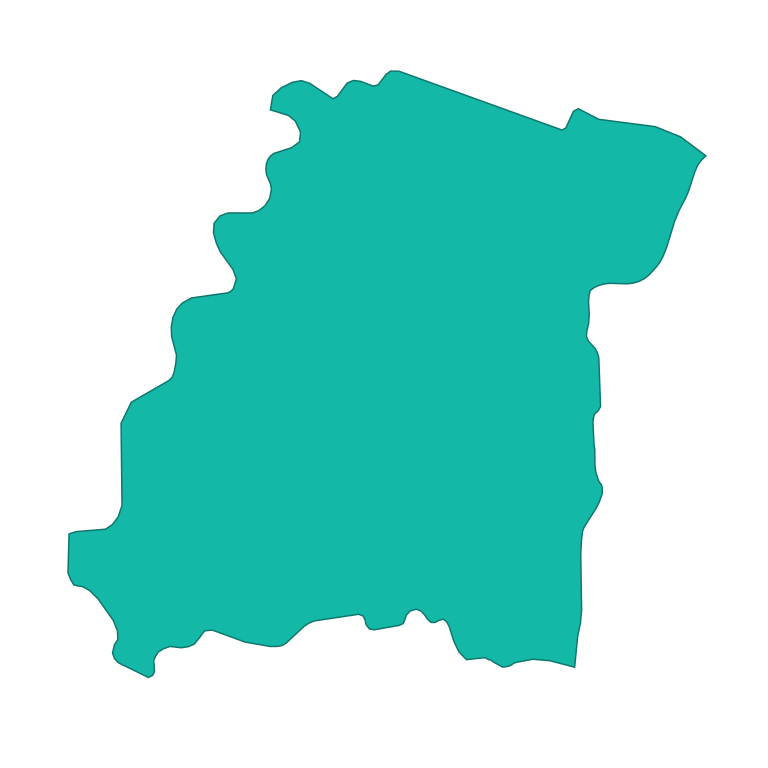 the Metropolitan department of Mayenne, rotated 185°
{"feature_id": "FRA-5324", "entity_name": "Mayenne", "entity_type": "Metropolitan department", "adm_level": 1, "iso_a3": "FRA", "parent_name": "France", "parent_adm1": "", "projection": "albers", "projection_center": [-0.661, 48.148], "detail": "fine", "context": "isolated", "style": "filled", "palette": "teal", "viewbox_px": 768, "rotation_deg": 185, "n_neighbors": 0, "source": "natural_earth", "source_scale": "10m", "svg_char_len": 2615}
<svg xmlns="http://www.w3.org/2000/svg" viewBox="0 0 768 768"><g transform="rotate(185 384 384)"><path d="M521.1,647.2L519.9,661.7L512.2,670.1L501.7,676.5L492.8,679.0L484.3,677.1L459.7,663.7L455.6,666.4L446.9,680.6L440.9,683.7L433.9,683.5L420.6,679.8L415.9,681.5L408.7,692.9L404.6,696.3L396.4,696.9L228.8,652.5L225.1,655.0L219.1,672.1L214.5,675.2L193.1,666.4L136.2,664.0L110.0,656.0L83.3,639.4L88.0,633.7L90.5,629.3L92.8,622.7L97.4,602.7L99.9,595.1L105.0,583.1L108.7,571.4L114.1,545.7L117.4,534.8L119.6,529.9L122.3,525.2L129.4,515.8L133.9,511.6L139.0,508.4L144.3,506.3L150.5,505.0L167.9,504.0L173.2,502.9L178.4,501.0L182.6,498.7L186.1,495.8L186.8,494.8L187.4,490.9L187.5,484.2L185.6,471.1L185.4,462.4L186.6,453.9L186.5,448.8L183.9,444.3L176.3,437.4L173.9,433.1L172.5,429.4L172.1,427.3L166.3,380.5L167.7,377.1L169.0,375.1L170.4,373.8L171.8,372.1L172.4,368.6L172.5,364.0L169.5,341.9L168.3,337.1L166.9,322.5L166.0,317.7L165.2,314.3L161.8,306.4L160.7,304.8L158.5,302.5L157.5,299.4L157.1,293.4L159.4,284.8L162.0,278.4L172.0,259.1L173.3,255.1L173.7,246.5L173.2,231.6L167.4,175.6L167.5,162.8L169.1,149.3L169.4,118.5L194.6,122.8L211.6,122.8L228.1,118.2L230.7,117.0L232.0,115.6L235.7,113.5L241.1,112.3L251.3,116.8L253.1,118.2L255.9,118.6L259.5,120.2L277.9,116.6L286.1,123.8L291.8,133.5L298.1,148.4L300.8,152.5L304.4,155.0L308.8,153.2L312.3,150.9L316.4,150.6L320.1,153.5L323.5,157.6L327.4,161.1L332.2,162.5L338.2,160.1L341.6,155.7L342.6,151.1L344.2,146.9L347.7,144.9L372.3,138.3L377.2,138.7L380.8,142.6L382.3,147.2L384.4,151.0L389.1,152.4L432.6,142.0L437.5,139.5L442.2,135.9L459.2,117.1L463.3,114.4L468.2,113.2L474.6,112.6L499.9,114.8L533.7,123.9L541.0,122.5L543.3,119.3L545.5,115.4L550.4,108.3L555.9,105.3L563.0,103.6L574.3,103.9L580.9,100.9L585.6,97.2L588.0,92.6L589.3,87.8L588.3,82.9L587.6,77.5L589.1,73.6L593.1,71.1L624.4,83.2L628.6,87.1L631.0,92.4L629.8,100.8L626.9,106.3L628.0,114.8L633.1,124.9L650.0,144.9L659.0,152.4L666.5,155.9L671.1,156.1L675.6,156.9L679.6,162.7L682.4,168.7L684.7,207.2L677.8,210.1L648.8,215.1L642.2,220.4L637.2,228.6L634.4,240.1L642.5,322.0L634.1,343.9L598.9,368.5L595.8,371.8L594.2,377.0L593.2,386.1L593.2,394.6L599.7,412.7L600.9,422.4L600.0,432.0L597.0,440.5L592.1,447.0L583.2,453.0L547.8,461.1L545.0,462.7L542.5,465.5L540.2,476.0L544.6,485.2L558.4,501.1L563.2,509.5L567.0,519.5L567.3,529.3L562.0,537.2L554.3,540.8L530.0,542.9L523.9,545.8L518.1,551.2L514.1,558.8L513.2,568.3L514.6,573.6L519.3,582.4L520.5,588.0L520.3,593.5L519.0,597.9L516.8,601.4L513.8,604.1L496.8,611.3L489.3,617.8L489.1,627.9L495.3,638.2L502.6,643.2L521.1,647.2Z" fill="#14b8a6" stroke="#0f766e" stroke-width="1.5"/></g></svg>